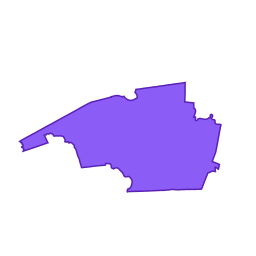 outline of Cojasca, Dâmbovita, Romania, rotated 18°
{"feature_id": "2599482B36729766611889", "entity_name": "Cojasca", "entity_type": "district", "adm_level": 2, "iso_a3": "ROU", "parent_name": "Romania", "parent_adm1": "Dâmbovita", "projection": "robinson", "projection_center": [25.841, 44.719], "detail": "fine", "context": "isolated", "style": "filled", "palette": "violet", "viewbox_px": 256, "rotation_deg": 18, "n_neighbors": 0, "source": "geoboundaries", "source_scale": "gbopen_adm2", "svg_char_len": 5651}
<svg xmlns="http://www.w3.org/2000/svg" viewBox="0 0 256 256"><g transform="rotate(18 128 128)"><path d="M99.4,178.6L103.8,176.6L108.6,174.3L114.5,171.8L117.9,170.3L117.8,168.6L118.5,168.4L120.2,168.0L121.1,167.8L121.6,167.6L123.3,168.2L123.5,168.9L123.8,169.4L124.2,170.1L124.5,170.9L125.7,171.2L127.0,171.3L127.8,170.3L128.7,169.7L130.3,169.2L130.9,169.4L131.4,169.5L134.0,170.9L136.6,172.2L138.5,174.1L139.3,175.0L140.1,175.3L141.4,175.0L143.5,173.9L145.3,174.3L146.7,175.3L148.5,177.4L148.9,179.2L149.0,182.6L148.8,183.7L148.5,184.3L148.1,185.0L146.8,185.9L146.6,186.9L146.6,188.1L147.2,188.9L147.6,188.5L153.2,186.5L161.0,183.7L161.6,183.5L163.4,182.8L164.6,182.4L166.0,181.9L171.2,179.9L172.6,179.4L173.9,178.9L177.9,177.4L181.7,176.1L183.0,175.5L183.8,175.2L184.2,174.9L185.0,174.6L186.3,174.1L187.5,173.5L188.5,173.0L189.7,172.5L190.7,172.4L191.7,172.2L192.4,171.9L193.0,171.7L193.7,171.6L194.4,171.4L195.2,171.2L195.6,171.1L195.7,170.9L196.0,170.7L196.7,170.5L200.6,169.1L202.0,168.6L202.9,168.2L203.4,167.9L204.9,167.7L205.3,167.5L205.7,167.4L205.8,167.3L209.7,166.0L210.0,165.8L211.0,165.7L211.4,165.4L211.8,165.1L212.4,165.0L213.5,164.6L214.1,164.4L214.7,164.2L215.4,163.9L216.1,163.7L216.7,163.5L217.0,161.3L217.0,160.7L217.1,158.6L217.2,156.5L217.3,154.6L217.4,152.8L217.5,151.1L217.6,149.6L217.7,149.3L217.8,146.9L217.9,146.0L219.0,145.3L221.5,142.9L224.6,142.4L222.9,138.6L223.1,138.4L223.5,138.3L224.0,138.3L224.4,138.5L224.9,138.6L225.6,139.0L226.6,139.3L226.7,139.2L226.2,134.4L218.4,133.8L218.5,131.6L218.5,130.9L218.9,124.2L218.0,116.3L217.0,109.3L217.0,109.2L216.7,106.8L216.4,104.7L215.9,100.9L215.9,100.6L215.6,98.6L215.6,97.9L215.5,97.4L215.5,96.9L215.4,96.2L214.6,96.1L214.3,96.1L211.3,97.0L210.6,97.0L210.2,97.0L209.7,96.7L209.4,96.3L209.2,96.0L208.3,93.8L207.5,93.5L207.2,93.7L206.6,93.8L205.9,93.7L205.2,93.6L204.8,93.3L204.5,92.9L204.5,92.4L204.7,91.6L204.8,91.0L204.8,90.4L204.5,89.7L203.9,89.4L203.2,89.2L202.7,89.5L202.4,89.9L202.3,90.3L202.3,90.7L202.5,91.3L202.8,92.0L202.9,92.4L202.8,92.8L202.1,93.1L201.5,93.6L201.0,94.5L200.3,95.1L199.4,95.6L198.4,95.9L197.4,96.2L194.8,96.5L193.7,96.6L193.0,96.8L192.7,97.0L192.4,97.2L192.0,97.6L191.4,99.0L191.2,99.5L190.8,99.8L190.3,99.8L189.8,99.7L189.6,99.6L189.4,99.3L189.2,99.0L189.3,98.5L189.3,97.7L189.1,97.4L189.0,97.2L188.8,96.8L188.6,96.7L188.2,96.6L187.9,96.7L187.5,96.9L187.1,97.2L187.1,96.7L187.3,94.8L187.3,93.9L187.3,92.3L187.1,91.4L187.0,90.9L186.8,90.5L186.6,90.1L186.2,89.6L186.0,89.3L185.7,89.2L185.1,88.9L184.5,88.8L184.3,87.9L184.2,87.8L184.0,87.4L183.7,86.5L183.5,86.0L183.3,85.5L183.2,85.0L183.0,84.4L182.9,84.2L182.8,83.8L182.7,83.8L182.4,83.9L182.0,84.0L180.9,84.2L180.2,84.4L179.9,84.4L179.5,84.5L179.0,84.6L178.5,84.7L178.1,84.8L176.5,85.1L174.2,85.5L173.9,85.6L171.6,77.5L170.7,74.7L170.4,73.8L168.5,67.9L168.3,67.3L168.3,67.1L168.0,67.3L166.8,67.9L162.9,69.8L158.6,71.8L158.2,72.0L157.6,72.3L155.8,73.2L155.3,73.5L153.5,74.3L151.4,75.3L149.6,76.3L148.0,77.1L147.4,77.4L146.9,77.6L146.3,77.9L145.7,78.1L143.1,79.5L142.9,79.7L142.5,79.9L142.0,80.1L141.3,80.4L140.7,80.6L139.8,81.1L139.2,81.3L138.9,81.4L138.5,81.6L136.9,82.5L136.0,82.9L135.2,83.2L134.6,83.6L133.9,83.9L133.4,84.2L133.0,84.3L132.7,84.4L132.5,84.5L132.3,84.6L132.0,84.7L131.5,85.1L131.3,85.2L130.9,85.3L130.5,85.5L129.9,85.8L128.5,86.6L127.2,87.2L126.4,87.6L126.1,87.7L124.7,88.4L123.7,88.7L123.7,89.1L123.7,91.9L123.7,92.0L124.1,92.3L124.9,92.7L125.6,93.1L126.1,93.6L126.4,94.0L127.2,95.7L127.4,96.4L127.3,96.5L126.6,97.4L124.3,99.7L123.4,100.3L122.4,100.8L120.7,101.2L118.4,101.1L116.9,100.6L116.3,100.3L115.1,99.7L114.4,99.1L112.9,100.2L112.5,99.9L111.5,100.2L110.7,100.2L109.8,100.2L109.2,100.0L108.2,100.5L106.9,100.7L106.7,100.8L105.6,101.4L105.3,101.7L105.0,101.8L102.8,103.2L102.3,103.4L102.5,103.8L94.9,108.6L91.9,110.5L88.5,112.7L85.1,114.8L82.7,117.0L81.6,118.2L78.7,121.2L76.9,123.1L74.2,126.1L71.6,128.9L69.4,131.3L66.0,134.9L63.5,137.5L62.0,139.1L57.1,144.3L53.7,148.0L51.7,150.0L48.5,153.4L44.5,157.7L42.9,159.4L41.1,161.4L39.5,163.0L36.9,165.8L34.9,167.8L33.1,169.8L31.1,171.9L29.3,174.0L29.5,174.0L29.8,174.3L29.9,174.6L30.1,174.8L30.4,174.9L30.6,175.0L30.9,175.0L31.2,174.8L31.6,174.8L31.9,174.9L32.1,175.2L32.0,175.5L32.1,175.9L32.3,176.1L32.5,176.1L32.8,176.1L33.0,176.2L33.3,176.5L33.5,176.7L33.6,177.4L33.7,177.6L33.7,177.9L32.8,178.4L32.7,178.7L32.8,179.0L33.4,179.4L33.8,179.4L34.3,179.4L34.6,179.5L34.8,179.7L34.9,180.1L35.1,180.4L35.3,180.5L35.6,180.5L35.7,181.0L35.4,182.0L35.4,182.4L35.4,182.5L37.0,181.3L39.9,179.2L44.2,176.0L49.4,172.1L52.7,169.6L56.2,166.9L56.4,166.8L50.6,160.7L50.8,160.5L51.4,160.2L52.2,159.9L52.3,159.8L52.4,159.6L52.4,159.3L52.5,159.1L52.6,158.8L52.9,158.5L53.2,158.3L53.5,158.3L53.9,158.3L54.4,158.2L54.7,158.1L54.9,158.0L55.0,157.8L55.3,157.5L55.9,156.9L56.3,156.9L57.2,157.1L57.9,157.0L58.3,157.2L58.8,157.5L59.4,158.1L59.8,158.4L60.1,158.6L60.3,158.6L60.7,158.3L61.7,157.9L63.0,157.4L63.4,157.3L64.1,157.2L65.2,156.7L65.6,156.5L67.2,156.2L68.3,156.1L69.0,156.1L69.4,156.2L70.0,156.9L70.6,157.4L71.6,158.2L71.8,158.6L72.0,159.1L72.1,160.5L72.3,160.6L72.7,160.6L73.2,160.3L73.5,160.3L74.1,160.4L74.4,160.3L74.6,160.1L75.1,159.6L75.3,159.5L75.5,159.5L75.9,159.7L76.2,160.3L76.5,160.5L76.6,160.4L76.8,160.3L77.1,160.1L78.0,159.5L78.4,159.3L78.5,159.3L79.1,159.6L79.6,159.9L81.5,160.6L82.2,161.2L82.4,161.7L82.6,162.2L82.8,162.8L83.3,163.2L83.4,163.3L84.0,163.6L85.2,164.7L85.5,165.0L86.4,166.3L86.8,167.0L88.3,169.2L88.4,169.4L88.6,169.7L89.2,170.4L89.9,171.1L90.4,171.7L90.8,172.2L91.2,172.5L91.6,173.1L91.9,173.8L92.9,175.3L94.6,177.7L95.7,179.5L96.1,180.0L99.4,178.6Z" fill="#8b5cf6" stroke="#5b21b6" stroke-width="1.5"/></g></svg>